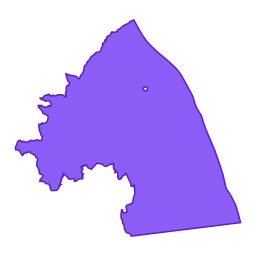 Moba, Katanga, Democratic Republic of the Congo
{"feature_id": "63176286B25314267977171", "entity_name": "Moba", "entity_type": "district", "adm_level": 2, "iso_a3": "COD", "parent_name": "Democratic Republic of the Congo", "parent_adm1": "Katanga", "projection": "natural_earth1", "projection_center": [29.107, -7.404], "detail": "fine", "context": "isolated", "style": "filled", "palette": "violet", "viewbox_px": 256, "rotation_deg": 0, "n_neighbors": 0, "source": "geoboundaries", "source_scale": "gbopen_adm2", "svg_char_len": 5624}
<svg xmlns="http://www.w3.org/2000/svg" viewBox="0 0 256 256"><path d="M40.2,98.0L40.3,98.7L42.4,99.9L44.3,100.3L45.3,101.2L46.1,101.4L47.3,100.7L48.7,100.9L50.1,101.8L50.9,102.9L51.2,103.7L50.5,106.2L49.7,105.8L49.2,106.0L48.8,105.5L48.4,105.6L48.2,106.5L47.3,106.6L46.2,107.3L44.4,107.2L43.9,106.6L43.1,106.8L42.8,106.4L41.4,106.2L41.7,105.5L41.5,105.3L40.8,105.7L40.2,105.5L39.8,105.7L39.0,105.2L38.2,105.5L38.5,107.3L40.0,108.7L42.2,111.2L42.7,112.9L43.2,113.5L45.5,114.4L47.8,116.0L48.1,116.5L48.2,117.3L47.5,120.6L46.7,122.2L46.3,122.1L45.3,123.2L44.9,123.2L44.4,123.6L43.3,123.5L42.5,122.9L42.2,123.0L42.1,123.4L41.7,123.3L41.6,123.8L41.0,123.7L40.5,124.6L38.9,124.3L39.0,124.9L38.8,125.6L39.0,127.8L39.4,128.4L39.4,130.8L40.0,131.6L41.0,134.9L41.2,135.1L42.0,136.9L42.1,139.7L41.2,140.3L39.1,140.7L37.9,139.8L35.3,140.1L34.3,140.8L33.5,140.9L31.6,140.3L30.5,140.4L28.7,141.5L27.2,142.0L24.9,142.0L23.6,141.2L22.8,141.5L22.1,142.1L20.4,140.3L19.2,140.4L17.9,141.3L15.5,147.3L15.4,148.5L15.7,149.7L18.9,150.2L20.4,152.4L21.4,154.3L22.5,155.4L23.4,154.5L23.2,154.1L23.4,153.8L23.8,153.4L24.6,153.4L25.8,152.5L27.0,152.8L27.3,152.3L29.7,151.8L31.0,153.2L31.9,153.8L32.8,153.9L34.2,155.0L34.6,154.9L34.9,155.1L35.5,156.0L35.8,157.3L36.4,157.6L37.7,158.6L37.3,161.0L36.8,162.9L36.7,165.5L38.2,168.2L38.8,170.1L39.4,172.3L39.2,173.4L40.1,174.0L41.0,174.2L42.6,175.0L42.8,176.1L42.3,177.3L40.1,179.7L39.9,181.3L41.3,181.3L42.0,181.6L43.1,181.3L44.5,182.1L45.2,183.0L45.9,183.6L46.5,183.8L48.4,183.8L49.5,185.0L50.7,189.7L51.4,190.3L52.5,190.6L56.2,190.4L57.4,189.8L58.5,188.4L59.0,186.8L59.3,186.6L58.9,186.2L59.1,186.0L59.2,185.6L59.4,185.4L59.6,185.7L60.0,185.4L59.7,185.1L59.7,184.7L59.8,184.7L60.0,184.9L60.3,184.5L60.8,184.4L60.2,184.1L60.5,183.6L60.3,182.8L60.6,182.5L60.5,182.2L60.7,181.7L61.1,181.3L61.2,180.7L61.2,179.8L61.3,179.6L61.2,179.4L61.8,179.0L61.6,178.4L61.8,177.7L62.4,177.5L62.5,176.8L62.7,176.5L63.2,176.3L63.3,175.5L63.6,175.0L63.0,174.3L63.1,173.6L63.7,173.7L66.3,176.2L67.0,176.6L68.6,178.8L69.7,179.1L73.8,178.8L74.8,179.1L74.6,179.9L74.1,181.0L74.5,181.4L75.9,181.2L78.8,179.1L79.7,178.8L80.6,178.7L81.3,178.9L82.4,178.7L82.8,178.3L82.6,177.0L82.4,176.9L82.4,176.4L82.8,176.2L82.6,175.9L82.2,176.1L82.2,175.7L82.4,175.2L83.2,174.6L82.8,174.3L83.0,173.9L82.9,173.6L82.5,173.5L82.5,173.0L82.3,172.9L81.8,172.9L81.6,172.3L81.2,171.9L81.4,171.2L82.4,170.3L82.7,169.6L82.8,169.0L82.1,168.1L81.1,167.7L81.3,166.8L81.4,166.7L82.0,166.8L82.4,166.5L82.6,165.8L82.9,165.8L83.2,166.3L83.7,166.4L83.7,165.6L84.7,165.7L85.6,164.6L86.1,164.6L87.3,166.8L88.3,168.0L91.6,169.2L93.4,167.0L96.9,163.4L97.9,163.3L101.8,164.1L102.9,164.6L103.9,165.8L106.0,166.5L111.4,163.8L111.6,163.8L112.0,164.3L112.6,164.1L113.1,163.4L113.4,163.5L113.8,164.1L114.0,164.8L113.9,165.4L113.5,165.7L113.3,166.2L113.4,167.2L113.8,169.0L114.4,169.9L114.7,169.9L115.2,169.7L115.7,170.4L114.9,172.0L114.8,172.7L116.7,172.0L117.4,172.2L117.6,172.6L117.8,174.2L117.7,176.4L117.8,177.6L118.6,178.9L118.9,179.2L119.5,179.4L120.8,178.9L121.2,178.5L121.4,177.7L122.4,176.7L122.6,176.0L124.4,175.2L124.9,174.6L125.5,173.4L126.0,173.7L126.3,174.5L126.9,175.0L127.4,176.5L130.8,183.4L131.0,185.9L131.5,186.3L131.9,186.4L132.6,186.2L133.5,185.4L134.2,185.2L134.4,185.6L134.5,186.0L133.9,186.5L134.3,187.2L134.4,188.8L134.8,189.8L134.5,191.0L135.0,192.5L134.8,194.0L134.2,195.2L133.9,196.7L133.1,198.6L133.3,199.4L132.8,201.6L132.2,203.1L131.9,203.3L131.3,203.4L130.3,204.2L129.3,204.3L127.9,205.0L127.0,205.1L126.2,206.0L126.0,207.2L127.0,211.4L126.6,212.0L124.8,212.8L123.2,212.7L123.0,211.7L122.1,209.7L121.6,209.8L121.1,213.4L121.0,217.9L121.8,218.9L122.4,221.0L122.8,223.5L124.0,225.1L124.5,229.2L125.1,230.6L126.2,232.2L127.7,233.1L129.6,233.5L130.7,234.5L131.2,236.1L240.6,222.6L238.2,213.4L235.4,204.5L230.5,195.0L226.1,188.3L223.1,175.3L220.2,165.8L214.5,149.7L205.9,129.5L203.7,123.3L201.4,115.7L196.8,108.3L195.0,103.8L193.5,98.6L192.2,95.1L181.4,75.3L179.0,72.0L175.1,67.3L164.8,58.1L157.4,52.0L150.0,44.9L146.7,41.2L142.4,35.2L139.2,29.8L133.8,19.9L130.1,21.5L128.7,23.1L122.9,25.9L120.3,28.5L119.1,29.1L117.6,30.2L117.3,30.2L117.3,31.2L117.1,31.8L116.1,31.8L115.4,32.3L114.7,32.1L112.5,32.4L112.3,31.9L111.8,31.9L111.4,32.7L111.2,32.7L111.0,34.0L110.4,34.4L109.9,35.2L109.2,35.7L108.6,35.8L108.3,36.1L107.8,36.1L107.3,36.5L106.4,38.4L106.6,39.8L106.5,40.0L105.9,40.0L105.5,39.6L105.3,39.6L105.0,39.9L104.7,40.9L104.8,41.7L104.1,42.3L104.0,42.7L103.8,42.9L103.1,43.0L102.9,43.4L102.6,43.5L102.6,43.9L102.8,44.0L102.9,44.3L102.5,45.0L102.9,45.5L102.5,46.0L102.5,46.4L101.5,47.6L101.2,48.2L101.2,49.5L100.0,51.5L99.2,52.0L96.4,52.3L95.9,52.7L94.0,54.7L93.4,55.1L92.9,55.6L91.5,56.3L90.1,58.2L89.3,59.8L87.0,62.2L86.2,64.7L84.5,65.8L83.2,72.3L80.7,75.6L79.5,78.4L78.9,78.8L77.8,77.9L76.8,76.7L73.8,75.8L71.7,75.5L68.1,74.6L66.0,73.8L66.2,75.4L66.8,75.9L66.5,76.4L66.5,76.8L67.4,79.9L67.8,80.9L68.7,81.9L69.7,82.8L69.1,83.8L68.8,85.0L68.9,85.4L68.5,85.5L68.3,85.4L68.0,85.6L67.3,85.5L66.9,85.8L66.5,86.3L66.3,87.1L66.4,89.5L66.1,90.5L66.1,91.0L66.4,91.2L65.6,92.7L65.5,93.9L65.5,94.5L66.2,95.7L66.3,96.4L65.9,97.1L62.7,94.9L57.5,94.8L56.9,95.3L55.6,96.0L54.9,95.9L54.3,95.4L53.5,95.3L52.1,96.1L51.9,95.5L51.6,95.4L51.1,95.8L50.6,95.5L50.1,95.5L49.8,95.1L49.5,95.0L49.3,94.4L48.9,94.2L48.5,94.6L47.4,94.6L46.7,95.2L46.1,95.1L45.6,95.5L44.7,95.6L44.1,96.2L43.9,96.3L43.4,97.4L43.0,97.7L41.9,97.8L41.2,98.4L40.2,98.0ZM147.3,89.6L147.0,90.3L145.9,90.9L144.5,90.8L144.1,90.2L144.0,89.7L143.5,89.4L143.1,88.7L143.5,87.7L144.4,87.1L146.1,87.0L146.7,87.4L147.1,88.0L147.3,88.7L147.3,89.6Z" fill="#8b5cf6" stroke="#5b21b6" stroke-width="1.5"/></svg>